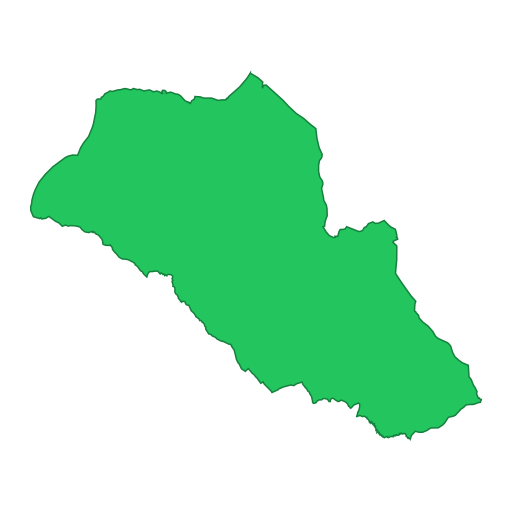 El Piñón, Magdalena, Colombia (Robinson projection)
{"feature_id": "7082276B5529453016246", "entity_name": "El Piñón", "entity_type": "district", "adm_level": 2, "iso_a3": "COL", "parent_name": "Colombia", "parent_adm1": "Magdalena", "projection": "robinson", "projection_center": [-74.657, 10.338], "detail": "fine", "context": "isolated", "style": "filled", "palette": "green", "viewbox_px": 512, "rotation_deg": 0, "n_neighbors": 0, "source": "geoboundaries", "source_scale": "gbopen_adm2", "svg_char_len": 6020}
<svg xmlns="http://www.w3.org/2000/svg" viewBox="0 0 512 512"><path d="M33.4,216.7L39.8,218.6L40.8,217.8L41.8,219.0L45.8,218.3L48.8,216.4L55.5,221.3L58.9,222.9L62.3,226.3L65.3,225.1L68.3,226.1L70.5,225.6L75.6,225.9L80.0,227.0L82.1,229.7L85.0,231.9L88.9,232.6L90.9,231.7L91.7,232.0L92.4,231.4L93.1,232.6L94.1,231.9L95.7,233.8L98.4,235.0L101.8,239.0L102.4,240.4L103.1,244.4L105.9,245.3L108.4,245.4L110.3,245.0L110.4,245.6L110.7,245.5L112.3,247.6L112.5,249.4L114.4,251.9L116.8,254.3L119.2,257.3L122.3,259.0L125.3,259.1L128.2,259.7L133.0,262.1L134.9,263.5L135.1,264.7L137.5,266.5L140.5,270.7L142.4,271.7L143.5,273.8L146.8,277.0L147.9,273.7L149.2,272.0L150.4,271.6L152.5,271.6L154.1,271.2L157.7,271.1L160.1,273.9L160.6,273.9L161.2,272.9L162.5,273.8L163.1,274.6L163.7,274.1L164.6,274.4L164.7,275.4L165.2,275.0L166.8,275.8L166.9,275.1L168.2,274.4L171.3,274.7L172.8,276.4L172.6,277.5L172.0,278.6L172.9,280.4L172.4,280.7L172.0,281.9L172.6,282.5L172.6,283.8L173.1,285.0L172.9,286.4L174.2,286.7L174.9,288.0L174.9,292.1L175.6,293.7L177.7,295.5L177.8,296.4L178.3,297.1L178.4,298.4L180.5,300.7L180.5,301.3L181.7,302.2L182.1,301.4L184.6,301.5L185.3,302.3L185.5,303.5L186.1,304.4L187.3,305.2L188.8,305.2L191.2,310.7L193.9,313.2L195.7,315.9L195.9,316.7L199.0,318.8L199.7,320.6L200.7,320.4L201.5,320.9L202.0,322.1L202.8,322.5L204.3,324.1L204.8,326.2L205.9,327.5L205.7,329.1L208.8,334.0L210.0,334.0L210.3,334.4L211.3,334.7L211.6,335.3L212.5,336.1L215.4,337.3L216.8,338.8L219.4,340.3L222.2,341.4L222.6,341.1L229.0,344.2L230.7,344.3L230.7,344.8L231.5,345.3L231.5,346.2L234.3,350.3L236.5,359.5L238.2,363.0L239.2,363.9L241.4,368.7L245.3,371.4L248.3,368.6L252.6,373.7L253.6,374.1L255.7,376.9L256.6,377.5L260.8,383.3L263.1,381.9L264.1,383.9L271.0,390.9L272.0,392.5L278.2,389.7L279.4,388.4L280.7,388.2L282.9,387.1L290.7,385.0L293.8,385.6L296.5,383.8L302.0,382.1L303.0,384.6L305.3,387.3L305.2,387.5L306.7,388.9L308.0,391.3L309.4,392.2L309.8,393.8L311.5,396.4L312.6,401.3L312.5,402.0L313.4,403.4L315.9,402.8L317.1,401.1L319.2,399.9L321.8,399.8L322.8,398.7L324.1,398.5L327.4,399.1L329.1,401.6L330.3,401.5L330.3,400.2L330.7,399.3L332.1,398.2L334.0,398.7L334.4,399.3L337.9,401.5L339.5,401.3L340.5,400.3L341.5,400.2L345.5,401.9L347.4,403.7L348.7,406.4L349.3,406.5L350.4,408.1L350.9,408.1L351.6,407.5L353.9,405.0L358.5,403.1L359.6,403.9L359.7,406.5L358.9,410.3L358.0,411.8L356.7,416.5L357.4,416.5L358.8,415.7L360.6,415.7L362.3,416.6L364.5,416.2L365.6,417.1L366.8,417.4L367.0,418.7L368.0,419.2L369.0,420.4L369.4,422.0L369.8,421.5L370.1,422.0L370.7,421.8L370.6,422.4L371.3,422.1L371.2,422.7L371.8,422.2L371.9,423.0L372.3,423.2L372.1,423.5L372.8,424.2L373.6,423.7L373.8,424.3L374.3,424.0L374.2,424.9L375.2,425.9L374.5,426.0L375.0,426.3L374.8,426.7L376.0,428.8L375.9,430.2L376.4,430.3L376.3,429.8L376.6,429.6L377.3,430.2L376.9,430.7L377.3,430.7L377.0,431.1L377.5,431.5L377.1,431.8L377.0,432.6L377.7,432.1L379.1,433.3L379.3,432.8L379.6,433.4L379.3,433.3L379.1,433.8L379.6,434.7L380.0,434.4L380.8,435.1L381.2,434.9L381.2,435.6L382.0,436.2L382.7,435.8L382.9,436.3L382.4,436.4L382.6,436.9L383.5,437.1L384.3,437.7L387.2,436.5L387.7,437.4L388.2,437.2L388.6,437.6L390.7,436.4L392.2,436.7L392.7,436.2L393.4,436.6L393.7,435.6L394.2,435.2L395.0,435.9L395.7,435.7L396.0,434.8L396.6,434.7L396.6,435.2L398.8,435.2L399.3,434.6L399.3,433.7L399.8,433.4L400.3,433.9L400.6,433.4L401.2,433.8L401.8,433.2L402.6,434.0L404.3,433.4L405.0,433.5L405.4,434.4L406.2,434.8L406.2,436.5L407.5,437.1L407.8,438.1L408.4,437.8L408.8,438.5L409.9,438.4L410.2,439.1L411.5,435.3L415.3,431.3L419.2,432.3L422.8,432.2L426.8,430.5L430.7,428.0L438.3,427.8L442.2,425.3L444.4,423.3L448.2,417.6L449.0,417.1L452.9,416.3L455.3,415.3L461.0,409.1L463.6,407.4L465.9,405.1L468.1,404.6L473.6,404.4L478.1,402.7L480.4,402.3L481.3,399.5L480.0,399.0L479.3,398.0L478.4,398.3L478.1,397.7L476.6,393.7L476.5,392.9L477.1,391.9L475.1,387.6L473.3,384.9L471.3,379.7L469.0,376.7L468.3,365.3L462.6,362.9L459.1,360.5L455.0,356.9L452.6,352.4L450.6,346.0L449.1,344.1L447.5,342.7L437.8,338.3L435.4,336.1L432.9,331.6L428.0,326.0L422.8,322.1L419.2,318.1L418.5,315.3L415.7,312.2L415.8,311.9L414.5,310.8L414.9,303.9L415.8,301.3L410.7,295.5L401.7,282.8L395.7,273.7L395.5,272.9L396.7,260.0L396.8,246.4L396.6,245.7L392.9,242.2L393.5,241.1L397.7,239.2L397.2,237.6L396.5,237.4L396.9,235.9L395.6,230.0L395.1,229.1L391.2,227.2L389.3,225.8L384.2,220.5L378.3,223.2L375.3,223.4L372.9,221.9L369.5,223.2L368.4,223.7L366.3,226.7L364.3,227.5L362.6,230.4L360.4,231.4L358.8,231.5L346.6,226.7L345.3,228.8L343.3,229.4L340.2,229.5L338.8,232.1L337.8,236.3L335.0,236.3L335.3,237.2L333.6,237.6L329.3,235.6L326.2,232.0L323.0,226.7L324.6,226.2L325.0,222.5L325.7,219.7L327.2,215.8L327.0,208.6L326.3,205.0L323.7,200.2L323.6,198.2L321.7,189.1L321.7,187.7L322.8,184.7L322.8,182.4L322.1,180.5L319.8,177.1L318.6,171.5L318.6,165.5L319.4,160.8L321.4,158.1L322.0,156.4L322.1,154.2L319.2,147.9L317.0,138.7L315.8,128.6L309.3,123.5L303.9,118.6L296.0,113.3L288.7,106.4L282.8,100.1L266.1,85.0L265.0,85.0L263.7,85.7L262.6,87.5L262.2,86.6L263.0,85.3L262.4,83.8L262.8,82.1L257.9,77.7L250.4,73.3L250.4,72.9L247.1,78.1L239.5,87.1L228.8,96.5L228.1,97.8L227.9,97.6L226.8,98.9L226.5,98.6L225.7,99.9L221.7,99.9L218.1,100.4L211.7,98.1L203.7,98.1L200.3,96.9L195.0,96.5L194.3,99.2L191.8,100.7L190.6,103.0L188.9,102.3L189.2,102.9L185.0,100.7L180.7,96.0L179.1,94.9L177.4,94.1L175.6,94.0L171.2,92.3L169.8,92.2L166.4,93.4L166.4,92.1L166.0,92.1L165.7,91.2L164.6,90.4L162.9,90.3L162.3,90.6L161.9,91.9L162.5,93.5L161.9,93.5L160.4,92.4L157.0,91.0L153.3,91.8L150.3,90.2L149.2,89.9L143.9,91.0L139.7,89.3L137.5,89.6L133.3,88.5L132.1,89.4L130.3,89.8L125.9,88.6L124.0,88.7L120.4,89.7L117.8,89.9L112.2,91.5L110.0,90.9L107.6,92.5L105.0,93.7L103.4,96.0L102.2,97.1L101.4,97.2L100.9,98.9L97.3,99.1L96.0,100.5L96.1,106.1L95.7,112.5L93.5,123.4L92.5,127.0L88.6,136.5L83.5,143.0L80.5,148.0L77.6,155.3L72.6,155.0L68.1,156.2L65.5,157.4L53.2,166.5L45.5,174.1L39.2,181.9L35.4,189.4L33.5,194.3L32.0,199.9L31.5,204.1L30.7,206.5L30.8,210.6L33.4,216.7Z" fill="#22c55e" stroke="#15803d" stroke-width="1.5"/></svg>